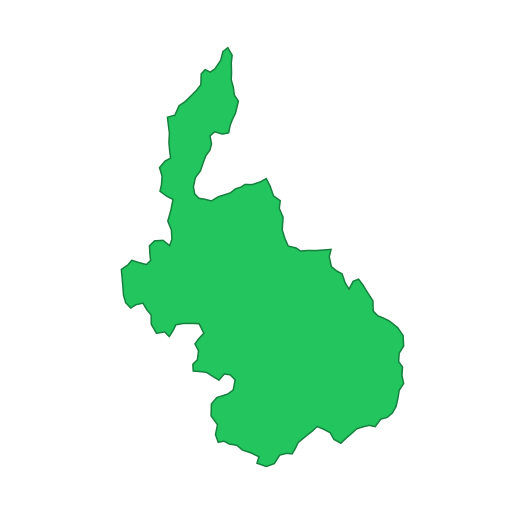 São Miguel do Anta, Minas Gerais, Brazil, rotated 173°
{"feature_id": "56859067B35975223000187", "entity_name": "São Miguel do Anta", "entity_type": "district", "adm_level": 2, "iso_a3": "BRA", "parent_name": "Brazil", "parent_adm1": "Minas Gerais", "projection": "equal_earth", "projection_center": [-42.703, -20.747], "detail": "fine", "context": "isolated", "style": "filled", "palette": "green", "viewbox_px": 512, "rotation_deg": 173, "n_neighbors": 0, "source": "geoboundaries", "source_scale": "gbopen_adm2", "svg_char_len": 2380}
<svg xmlns="http://www.w3.org/2000/svg" viewBox="0 0 512 512"><g transform="rotate(173 256 256)"><path d="M254.6,411.8L257.9,418.4L257.9,426.3L259.1,433.8L257.9,441.3L257.0,450.8L255.2,458.1L258.6,466.2L263.9,462.9L267.2,454.5L274.0,446.7L279.0,444.1L283.8,447.2L288.2,443.4L289.9,432.7L295.2,427.4L301.1,422.8L307.5,417.9L314.1,414.5L319.3,405.7L327.0,404.5L327.0,397.9L327.0,388.3L328.6,379.4L328.9,370.4L328.8,363.6L334.7,361.3L341.0,355.5L339.5,346.6L341.1,338.4L343.4,332.0L337.4,326.3L331.5,322.3L335.0,311.6L339.3,301.4L336.8,292.1L337.4,282.9L340.5,276.8L346.4,282.9L354.9,283.4L360.5,279.1L361.0,271.8L361.2,264.4L365.7,260.9L372.9,263.7L379.8,266.9L384.5,262.6L391.3,259.1L391.5,251.2L391.8,243.4L392.3,233.2L391.0,225.5L386.7,219.6L381.1,222.3L374.0,223.0L370.8,215.7L367.3,210.3L368.3,201.0L364.2,191.4L355.9,191.8L351.9,186.6L347.1,192.5L343.9,197.5L336.1,197.9L327.1,196.8L320.7,195.7L317.2,185.7L323.1,180.7L327.3,176.2L324.6,168.9L326.8,160.2L331.9,156.2L332.3,149.5L327.0,148.4L319.4,146.6L314.6,142.6L307.9,137.3L301.9,142.7L296.2,141.3L291.8,135.7L295.0,125.7L300.8,122.5L306.0,121.4L312.1,120.3L318.3,114.6L320.1,102.8L314.8,93.2L318.0,83.6L316.2,75.7L310.3,76.1L305.3,72.5L298.1,70.5L293.1,65.0L285.4,61.4L277.5,56.4L280.3,50.2L271.4,45.8L263.1,47.7L256.7,55.5L249.6,56.4L244.3,55.2L240.8,59.6L236.9,65.7L229.1,70.7L221.5,75.3L216.1,79.3L210.5,76.1L203.9,71.6L201.0,64.4L194.6,59.8L189.1,63.9L184.1,67.3L176.9,72.3L169.2,73.6L164.2,74.1L158.5,72.1L152.0,78.9L145.6,79.8L139.8,83.5L135.3,89.6L132.4,97.8L130.2,105.3L125.0,111.4L125.7,119.8L124.1,128.0L127.3,133.7L125.8,141.9L120.4,148.7L119.7,159.1L124.1,167.6L131.3,175.0L137.4,179.1L142.4,181.8L146.4,187.1L145.4,197.2L149.7,206.0L153.4,214.2L157.0,220.5L162.6,219.1L167.7,211.8L170.8,218.5L172.7,227.7L178.0,231.6L182.5,236.3L183.4,246.3L180.7,253.4L187.8,253.7L196.0,254.1L204.0,255.2L211.2,255.5L215.2,259.1L222.8,261.9L225.2,269.8L226.8,278.9L224.4,291.1L227.1,300.4L225.2,307.9L231.3,313.6L233.5,323.8L236.4,331.6L242.5,329.1L251.2,327.3L258.1,328.4L262.8,326.1L268.1,325.2L273.7,321.8L279.3,320.7L286.0,319.5L293.6,316.1L300.7,318.9L305.6,320.2L309.3,325.2L309.7,332.3L306.6,341.2L300.7,347.4L296.8,355.5L293.6,361.6L288.9,366.6L286.5,372.7L287.0,380.8L281.9,384.3L274.5,381.1L268.2,381.5L265.7,388.9L262.8,394.3L258.9,400.4L254.6,411.8Z" fill="#22c55e" stroke="#15803d" stroke-width="1.5"/></g></svg>